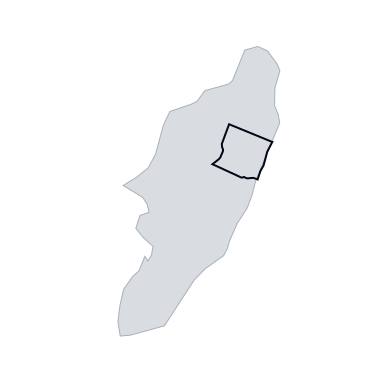 Trelawny on a map of Jamaica (Robinson projection), rotated 104°
{"feature_id": "JAM-1375", "entity_name": "Trelawny", "entity_type": "Parish", "adm_level": 1, "iso_a3": "JAM", "parent_name": "Jamaica", "parent_adm1": "", "projection": "robinson", "projection_center": [-77.552, 18.351], "detail": "fine", "context": "in_parent", "style": "outline", "palette": "ink", "viewbox_px": 384, "rotation_deg": 104, "n_neighbors": 0, "source": "natural_earth", "source_scale": "10m", "svg_char_len": 1165}
<svg xmlns="http://www.w3.org/2000/svg" viewBox="0 0 384 384"><g transform="rotate(104 192 192)"><path d="M193.9,134.5L211.9,140.6L230.5,143.8L238.5,144.0L246.1,145.9L263.0,160.5L276.7,168.5L328.5,186.4L345.8,217.1L349.1,226.8L335.7,232.5L318.9,234.5L302.8,234.8L287.9,228.9L281.4,224.4L265.9,222.2L269.7,218.1L262.9,216.1L254.2,216.6L247.9,228.4L240.8,237.7L227.3,236.8L222.1,228.8L214.9,232.4L209.2,238.4L202.3,260.4L191.3,249.5L179.2,240.3L164.1,236.5L133.6,235.9L119.2,232.9L107.2,214.2L102.5,208.9L90.5,204.0L78.4,182.6L74.1,179.7L41.6,175.1L34.9,163.4L36.9,152.8L47.8,139.8L53.1,136.1L71.1,136.7L88.3,132.8L95.8,127.2L103.7,123.6L165.9,132.9L180.3,133.0L193.9,134.5Z" fill="#d9dde1" stroke="#a8b0b8" stroke-width="1"/><path d="M124.0,126.2L134.5,128.7L148.9,129.0L155.2,130.7L163.9,131.4L163.8,131.7L163.5,135.1L163.6,136.5L165.3,141.3L165.4,142.5L165.3,143.5L164.9,144.6L164.9,145.2L165.1,145.7L165.9,146.7L166.0,147.5L165.9,148.3L160.1,178.9L153.5,173.8L151.4,172.8L150.9,172.8L145.3,171.9L144.4,171.9L143.6,172.1L142.5,172.7L140.9,173.8L140.0,174.1L138.1,174.7L117.3,172.4L124.0,126.5L124.0,126.2Z" fill="none" stroke="#020617" stroke-width="2"/></g></svg>